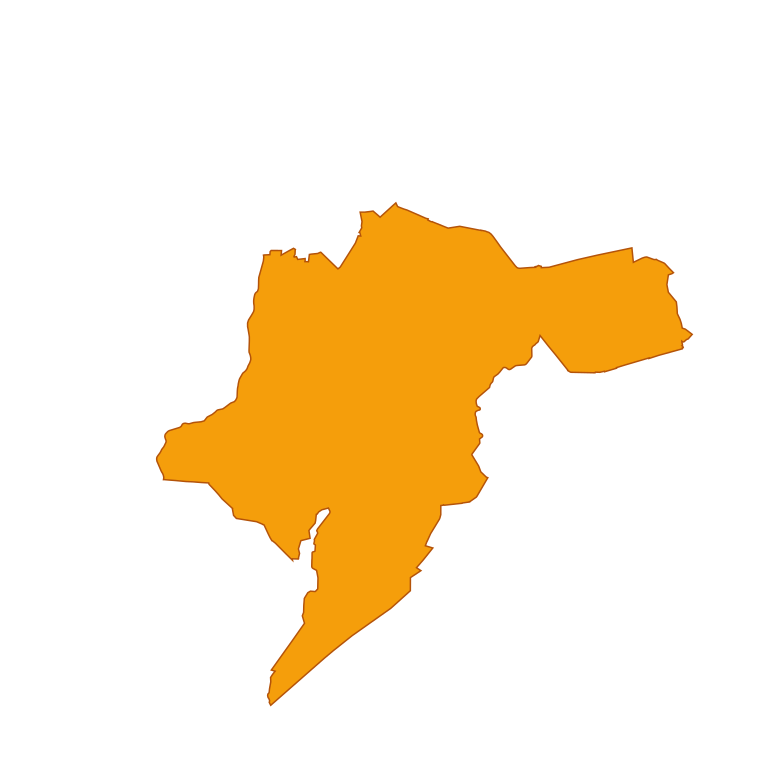 the district of Barkavas pag., Madona, Latvia, rotated 320°
{"feature_id": "27541924B85435526421867", "entity_name": "Barkavas pag.", "entity_type": "district", "adm_level": 2, "iso_a3": "LVA", "parent_name": "Latvia", "parent_adm1": "Madona", "projection": "mercator", "projection_center": [26.589, 56.738], "detail": "fine", "context": "isolated", "style": "filled", "palette": "amber", "viewbox_px": 768, "rotation_deg": 320, "n_neighbors": 0, "source": "geoboundaries", "source_scale": "gbopen_adm2", "svg_char_len": 6102}
<svg xmlns="http://www.w3.org/2000/svg" viewBox="0 0 768 768"><g transform="rotate(320 384 384)"><path d="M661.4,439.1L630.6,422.6L616.4,415.3L612.1,413.1L585.5,400.7L579.3,396.0L580.1,395.0L578.4,392.4L577.6,392.4L577.1,392.3L575.0,391.2L574.9,391.3L574.9,391.9L570.9,388.8L562.3,382.6L561.3,381.5L560.7,380.3L560.5,377.8L561.4,354.0L561.9,348.1L562.4,341.0L562.4,338.0L561.8,335.3L560.3,332.9L560.2,332.4L557.2,328.6L557.1,328.8L543.4,311.9L533.3,305.8L525.5,291.2L525.3,290.7L525.1,290.7L524.3,289.7L523.0,286.5L524.0,285.9L522.8,284.3L522.5,283.8L513.5,265.6L511.6,262.6L509.0,257.9L508.6,257.0L508.5,256.7L509.5,252.9L505.3,253.0L488.2,253.7L488.1,252.6L486.8,244.5L484.2,242.9L479.9,240.1L476.2,237.0L471.8,245.0L471.5,245.5L468.4,248.3L467.3,250.1L462.7,251.8L462.9,251.9L462.6,253.0L461.3,255.7L459.5,253.9L452.6,257.7L451.0,258.2L440.4,261.6L425.6,266.3L422.7,266.2L420.3,242.6L420.0,242.2L417.1,241.4L411.4,237.5L411.2,237.5L410.1,236.8L404.7,241.8L402.1,239.4L402.7,239.0L404.2,237.2L398.0,233.1L398.8,230.2L396.8,229.0L397.0,228.4L399.1,227.5L399.7,226.9L402.1,224.3L402.6,224.0L401.9,221.9L397.1,220.9L388.0,219.2L391.3,215.9L383.4,209.2L381.9,209.4L379.7,211.6L375.1,208.1L374.5,207.8L373.9,208.9L373.2,209.8L370.6,212.3L356.6,221.9L354.6,224.0L352.1,226.9L349.3,230.0L348.7,230.5L347.7,231.1L346.6,231.7L344.6,231.7L343.8,231.8L343.1,232.1L342.3,232.5L339.6,234.6L337.6,236.5L336.1,238.4L334.7,240.7L332.6,243.2L331.0,244.5L330.2,244.9L327.2,246.0L321.4,247.9L319.3,249.2L318.7,249.6L318.1,250.3L316.3,252.5L315.4,254.2L312.0,260.0L311.1,261.4L308.4,264.6L302.2,271.5L301.1,272.9L300.1,275.8L299.5,277.0L298.6,278.5L297.6,279.7L296.4,280.5L294.7,281.5L291.5,282.8L289.9,283.7L289.1,284.2L286.7,284.9L284.6,285.0L283.3,284.9L282.3,285.1L276.9,287.1L275.5,287.9L272.6,290.1L271.0,291.6L269.2,293.0L267.4,294.8L263.4,299.2L262.6,299.9L260.9,300.7L259.8,301.1L257.9,301.3L254.4,300.1L253.2,300.0L246.9,299.7L244.4,299.4L240.2,297.1L239.0,296.8L236.7,297.0L232.8,296.9L228.0,295.8L227.2,295.7L223.0,296.6L222.4,296.6L219.5,295.3L214.4,291.8L213.3,291.1L209.5,289.4L208.8,288.9L208.3,288.4L206.6,286.3L206.0,285.9L204.9,285.3L203.7,285.2L201.3,286.1L200.3,286.0L199.5,285.9L189.6,281.7L188.7,281.5L187.7,281.4L185.3,281.7L184.3,281.9L183.5,282.3L182.8,282.9L182.2,283.5L181.9,284.1L181.2,285.7L180.9,286.7L180.5,287.5L179.9,288.2L179.3,288.6L175.1,290.5L171.9,291.2L171.1,291.5L170.1,292.0L168.3,292.7L164.6,293.6L163.0,294.1L161.9,295.0L161.2,295.9L160.4,297.3L159.8,299.4L157.4,307.3L157.1,308.6L157.1,309.2L156.5,311.6L155.6,313.4L155.0,314.3L153.6,315.5L154.3,316.1L156.6,318.4L162.0,323.7L169.7,331.5L174.6,336.0L181.0,342.3L186.1,347.1L185.5,348.4L186.0,356.5L186.2,362.7L186.1,367.9L187.9,381.7L188.0,381.9L187.7,382.0L184.3,388.0L184.5,392.1L197.9,407.6L200.6,412.9L200.9,413.8L201.0,413.8L201.4,414.8L201.5,414.9L198.8,425.0L197.9,428.8L197.4,432.0L197.7,432.3L198.5,436.2L199.8,452.0L200.6,460.2L201.3,458.9L205.9,463.0L206.2,462.8L206.1,462.7L210.4,459.5L212.4,455.4L212.6,455.2L219.6,450.6L219.9,450.7L228.2,454.7L230.3,451.3L232.3,448.0L233.9,447.6L241.8,446.3L243.7,444.8L248.4,440.3L249.3,440.7L251.6,440.0L255.5,440.4L261.7,443.3L260.8,446.7L260.4,447.3L259.8,447.8L258.8,448.2L240.0,452.3L238.4,453.0L238.1,453.2L237.9,454.5L237.7,454.9L237.4,455.4L237.1,455.8L230.8,458.2L230.6,458.4L229.9,459.5L227.7,461.2L227.5,461.6L227.9,462.9L227.9,463.3L224.1,467.3L223.4,467.7L221.3,466.8L221.0,466.8L220.4,467.1L216.7,471.4L215.8,472.3L215.0,473.2L211.4,477.3L210.9,478.3L210.9,478.6L211.0,479.6L212.5,483.3L212.4,483.7L208.8,490.1L201.6,498.3L201.4,498.4L198.1,498.8L197.5,498.4L194.5,495.4L191.5,494.9L185.2,497.0L180.3,502.0L175.6,507.3L172.4,509.1L169.3,516.2L148.7,521.7L113.8,530.7L116.0,534.0L112.1,534.8L108.5,535.9L105.8,539.4L100.4,543.9L97.6,546.6L95.7,546.9L94.5,548.0L93.6,549.8L93.7,550.4L93.2,552.2L92.8,553.1L91.4,554.2L90.7,557.3L162.2,555.7L174.0,555.7L197.8,556.3L245.0,560.2L271.3,559.3L279.8,549.3L292.3,550.7L290.8,545.6L301.0,544.0L316.0,541.0L311.7,534.5L315.9,532.1L316.0,532.2L323.5,528.6L339.5,523.2L340.8,522.5L343.5,520.6L349.4,513.6L351.6,515.0L351.9,514.8L352.4,515.7L367.2,525.6L367.5,525.5L373.3,529.1L373.3,528.9L373.9,529.1L373.9,529.3L381.9,530.0L382.9,529.8L403.3,522.5L402.5,521.2L402.5,520.4L402.4,520.1L401.7,513.5L403.6,508.2L403.8,507.5L405.7,495.2L405.8,494.7L406.5,494.2L418.8,491.1L419.5,490.8L421.2,488.4L421.9,487.5L424.9,487.7L425.6,487.6L426.2,487.1L426.6,486.6L426.8,485.9L426.6,484.7L426.0,483.7L426.0,483.1L426.0,482.3L428.4,477.0L429.3,475.1L431.3,471.5L432.4,469.8L432.8,469.3L433.3,468.4L433.7,466.9L434.5,465.6L435.8,464.5L436.5,464.2L437.3,464.2L439.4,464.7L440.3,465.3L440.9,465.4L441.6,465.1L442.1,464.3L442.2,463.6L441.2,461.2L441.2,460.6L441.8,459.1L442.4,457.9L443.7,456.1L445.2,455.1L445.7,455.0L448.9,454.7L462.6,454.5L464.3,453.2L465.2,452.7L466.6,452.3L468.4,452.1L469.1,451.8L471.7,449.8L472.7,449.3L473.7,449.3L477.6,449.6L480.1,449.3L485.6,448.2L486.3,448.3L487.3,449.1L487.6,449.5L488.1,450.3L488.6,452.5L489.1,453.4L489.8,453.8L490.9,454.1L492.7,454.2L496.6,454.6L498.2,455.6L504.0,459.7L505.2,460.1L506.0,460.0L507.0,459.9L514.5,458.2L514.8,458.0L515.6,457.2L520.0,451.7L520.9,451.1L522.0,450.8L523.4,450.8L524.5,451.0L526.7,450.7L528.1,450.8L529.3,450.7L534.7,447.2L534.3,460.7L534.2,472.0L533.7,491.8L533.4,491.9L534.4,494.7L535.0,495.4L552.9,511.1L553.5,510.8L556.9,513.8L561.0,515.9L560.8,516.4L572.3,521.4L572.6,520.9L580.0,524.0L603.8,534.4L603.4,534.8L612.8,538.6L635.1,548.8L635.7,548.1L636.6,548.5L637.0,547.5L636.9,547.0L636.9,546.7L637.0,546.8L637.3,546.5L638.0,545.6L638.3,544.9L639.2,543.3L639.7,542.7L639.8,543.3L640.0,543.8L640.5,544.3L641.0,544.5L644.0,544.4L644.7,544.5L645.9,545.0L652.0,544.1L650.1,535.7L648.4,532.9L650.7,528.7L652.3,524.8L653.9,518.7L657.9,513.3L660.7,509.0L660.8,496.5L664.6,489.7L672.0,483.2L675.5,484.6L677.3,484.8L676.8,478.5L676.5,472.4L676.4,471.8L676.2,471.2L673.1,465.0L672.7,463.5L672.2,463.3L671.3,462.7L670.8,462.1L670.5,461.7L667.0,455.7L666.1,455.0L665.0,454.4L662.7,453.5L653.2,451.1L661.4,439.1Z" fill="#f59e0b" stroke="#b45309" stroke-width="1.5"/></g></svg>